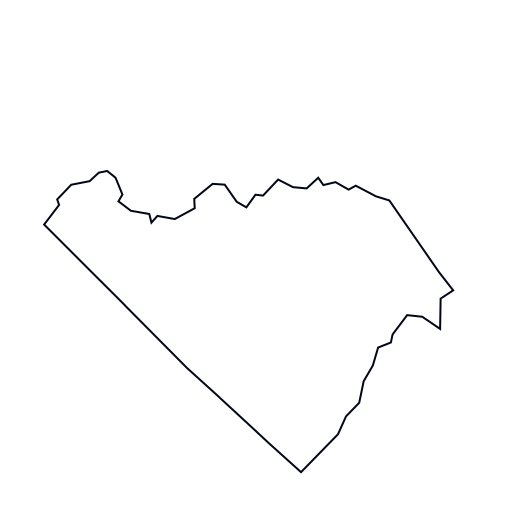 Patrick, Virginia, United States of America, rotated 42°
{"feature_id": "52423323B55651194220795", "entity_name": "Patrick", "entity_type": "district", "adm_level": 2, "iso_a3": "USA", "parent_name": "United States of America", "parent_adm1": "Virginia", "projection": "natural_earth1", "projection_center": [-80.328, 36.707], "detail": "fine", "context": "isolated", "style": "outline", "palette": "ink", "viewbox_px": 512, "rotation_deg": 42, "n_neighbors": 0, "source": "geoboundaries", "source_scale": "gbopen_adm2", "svg_char_len": 865}
<svg xmlns="http://www.w3.org/2000/svg" viewBox="0 0 512 512"><g transform="rotate(42 256 256)"><path d="M317.9,125.5L305.2,131.4L283.1,137.0L280.4,144.7L265.7,147.9L258.6,158.2L249.9,156.2L248.4,171.9L237.4,180.1L221.3,184.4L220.8,206.4L214.6,210.8L216.3,226.3L205.4,228.6L185.0,223.9L175.5,231.4L171.9,254.9L178.5,261.5L170.9,282.9L155.9,292.2L156.0,301.2L148.6,296.2L132.8,306.1L117.2,307.4L115.6,299.7L99.2,291.8L88.5,292.4L83.4,299.3L82.3,311.7L71.0,326.7L70.4,347.0L75.5,349.8L77.5,374.4L142.0,377.8L187.3,380.1L192.0,380.4L192.7,380.5L279.8,385.4L322.5,385.5L324.3,385.6L358.7,386.0L360.0,386.0L390.3,386.5L434.1,386.5L436.2,333.6L430.2,314.9L430.9,296.0L419.8,277.0L416.1,259.2L408.0,242.3L414.1,230.0L410.0,222.9L407.9,198.8L420.2,189.9L441.6,187.0L421.7,164.1L425.5,149.6L403.0,145.6L317.9,125.5Z" fill="none" stroke="#020617" stroke-width="2"/></g></svg>